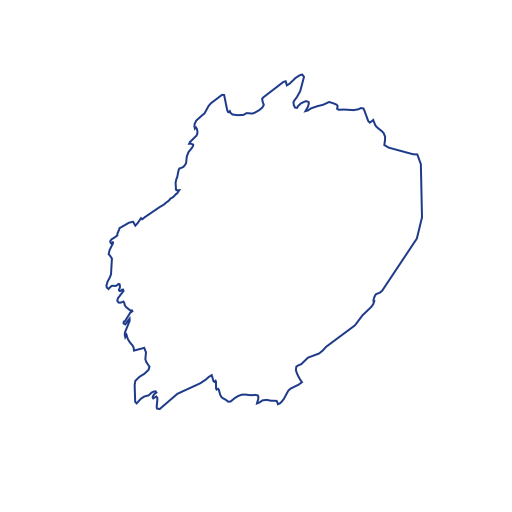 SVG path tracing the border of Northern Savonia, rotated 115°
{"feature_id": "FIN-3178", "entity_name": "Northern Savonia", "entity_type": "Province", "adm_level": 1, "iso_a3": "FIN", "parent_name": "Finland", "parent_adm1": "", "projection": "natural_earth1", "projection_center": [27.676, 63.147], "detail": "fine", "context": "isolated", "style": "outline", "palette": "blue", "viewbox_px": 512, "rotation_deg": 115, "n_neighbors": 0, "source": "natural_earth", "source_scale": "10m", "svg_char_len": 3816}
<svg xmlns="http://www.w3.org/2000/svg" viewBox="0 0 512 512"><g transform="rotate(115 256 256)"><path d="M172.2,117.6L234.2,127.0L236.9,128.3L239.9,131.1L241.0,131.3L243.1,131.4L246.4,130.9L247.5,130.2L247.2,129.7L250.3,129.4L253.7,130.1L264.7,134.4L277.0,137.0L308.7,154.1L313.3,155.5L317.7,157.6L326.1,165.9L335.0,169.3L337.2,171.4L339.2,172.7L342.4,171.7L344.7,169.7L347.0,167.0L349.2,164.0L350.9,161.0L354.6,163.0L361.4,168.5L364.3,169.8L374.0,170.4L377.6,171.3L379.5,172.1L381.0,173.5L380.5,173.8L378.6,176.1L380.9,181.5L381.9,185.6L384.2,189.2L387.3,191.0L389.2,192.8L387.8,193.1L385.1,193.4L382.7,194.3L381.6,195.5L382.3,198.3L383.4,199.9L384.9,203.3L386.0,206.9L387.7,210.3L390.2,212.8L393.4,215.0L398.7,217.6L399.8,219.7L399.4,221.2L399.1,222.5L398.9,226.1L398.3,228.0L396.8,229.9L392.9,233.2L392.4,234.2L393.4,235.0L393.7,235.2L393.1,236.1L386.8,239.2L386.2,239.9L387.7,240.5L387.4,241.6L382.7,245.8L385.6,247.7L389.3,249.3L395.0,252.8L414.1,269.0L435.4,278.6L436.1,281.3L434.6,282.3L427.8,284.7L426.3,285.5L425.5,287.0L426.0,287.3L427.9,288.6L428.5,289.0L428.0,289.8L426.9,290.1L424.8,290.0L422.8,289.1L421.9,288.5L421.1,289.8L422.0,291.3L423.9,292.9L427.7,294.4L430.5,297.8L434.0,300.0L440.0,301.9L439.2,303.9L424.1,311.5L420.2,312.6L414.8,310.6L409.8,307.3L404.6,305.3L401.4,305.7L398.4,310.7L396.2,312.7L389.8,315.0L386.5,318.5L393.3,326.6L391.5,327.7L390.7,328.3L389.2,330.1L388.1,332.7L386.9,334.9L385.3,337.2L383.4,339.0L382.6,339.6L382.1,340.1L384.8,340.2L383.0,341.6L380.6,342.5L368.3,343.1L366.3,344.1L373.2,345.6L373.1,347.5L371.4,348.1L370.3,347.2L360.6,346.0L358.3,344.7L357.7,345.6L358.1,346.1L358.4,346.2L358.6,346.4L357.2,352.2L355.9,354.3L354.6,355.2L353.3,356.8L355.5,359.0L356.3,360.8L355.2,362.8L352.7,363.3L343.7,361.3L342.6,362.2L343.1,363.1L345.0,364.0L345.3,364.7L345.1,365.6L344.1,366.0L343.2,365.9L341.6,366.2L340.0,367.1L339.2,367.8L339.5,368.9L340.6,369.2L342.1,370.2L343.0,371.7L343.3,372.8L344.1,374.2L347.5,375.6L348.2,375.7L347.7,377.8L346.0,379.1L341.8,379.7L337.3,379.4L333.8,379.7L319.2,385.5L317.4,388.5L316.6,390.3L312.6,391.2L305.1,391.0L303.3,391.7L306.0,391.8L305.5,393.4L304.2,394.4L301.8,393.9L299.0,392.0L296.0,390.4L294.0,391.1L289.7,391.2L288.5,391.5L279.5,385.2L276.9,381.9L279.5,378.2L275.9,377.1L270.3,376.2L270.7,375.1L270.8,374.6L268.0,373.3L252.5,364.1L248.2,361.1L246.1,360.3L242.5,358.3L240.3,357.9L240.0,357.6L237.4,355.9L233.5,354.6L232.9,354.0L228.8,353.4L229.1,353.9L230.0,355.9L229.3,356.9L228.4,357.2L223.7,359.8L220.5,360.6L217.5,360.8L211.2,362.4L209.0,362.4L208.3,361.5L206.0,359.5L203.8,358.9L201.5,358.6L194.9,360.8L190.5,361.1L184.7,359.7L183.0,359.6L181.6,360.0L181.7,362.5L182.5,364.0L180.6,364.0L172.0,360.8L169.7,360.9L167.3,362.1L165.9,363.2L164.9,364.7L165.2,364.8L166.4,365.2L164.6,366.6L162.3,367.4L158.6,367.4L151.5,364.4L148.4,362.9L140.1,362.4L136.6,361.4L124.3,354.9L123.6,352.9L135.9,343.8L137.4,342.0L137.1,341.2L136.7,341.1L136.2,341.0L135.8,340.9L137.1,339.4L137.7,337.1L136.1,332.1L133.5,327.1L130.5,324.9L129.3,321.9L128.6,319.7L126.8,317.8L122.7,314.9L118.8,313.0L115.8,312.8L113.3,315.2L110.9,316.9L109.1,316.4L86.6,304.7L85.1,302.9L87.8,300.6L88.3,300.2L85.9,298.5L77.9,295.4L73.9,292.9L72.0,290.8L73.4,288.2L88.0,285.6L94.8,286.1L99.6,287.1L100.9,287.0L103.4,285.4L105.0,283.3L104.4,281.4L102.2,281.2L98.7,279.8L95.8,277.4L94.5,276.1L94.2,273.4L95.4,272.6L98.5,272.0L103.8,272.4L102.2,270.5L98.8,268.4L94.3,263.7L90.5,259.0L85.5,254.8L84.9,250.1L84.8,246.8L85.6,245.4L88.3,244.7L88.5,242.8L86.2,238.4L82.5,229.1L79.6,225.0L77.7,223.6L76.9,221.0L78.4,219.2L86.2,211.4L87.0,209.3L84.4,207.7L83.2,207.3L86.8,203.4L87.8,201.9L88.4,200.0L89.8,194.4L90.7,192.2L93.3,189.4L96.3,188.1L101.2,186.6L101.7,181.4L97.4,156.6L95.8,152.7L103.1,145.4L150.8,121.9L172.2,117.6Z" fill="none" stroke="#1e3a8a" stroke-width="2"/></g></svg>